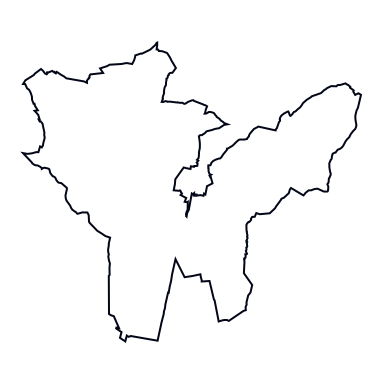 Santiago Miahuatlán, Puebla, Mexico
{"feature_id": "50627088B95551626553051", "entity_name": "Santiago Miahuatlán", "entity_type": "district", "adm_level": 2, "iso_a3": "MEX", "parent_name": "Mexico", "parent_adm1": "Puebla", "projection": "robinson", "projection_center": [-97.421, 18.55], "detail": "fine", "context": "isolated", "style": "outline", "palette": "ink", "viewbox_px": 384, "rotation_deg": 0, "n_neighbors": 0, "source": "geoboundaries", "source_scale": "gbopen_adm2", "svg_char_len": 5895}
<svg xmlns="http://www.w3.org/2000/svg" viewBox="0 0 384 384"><path d="M83.9,81.4L66.3,78.3L64.1,76.5L60.9,74.7L56.8,71.9L55.9,73.3L54.8,72.1L54.5,72.6L52.2,70.9L48.8,72.3L47.1,72.3L46.9,73.1L47.3,73.6L46.7,74.3L44.8,73.3L43.2,71.0L41.0,69.0L34.9,73.6L33.7,75.1L25.4,80.3L23.1,84.0L25.2,84.1L27.1,88.4L29.1,89.8L30.5,92.4L31.4,94.9L32.0,97.2L32.0,99.6L33.6,103.8L34.5,103.7L35.0,105.9L37.8,110.3L34.6,110.8L38.2,114.8L39.6,119.2L38.6,119.3L39.7,121.5L40.6,121.3L42.5,123.6L44.4,132.6L44.2,135.1L44.7,137.4L44.3,139.6L43.5,142.2L42.9,145.5L41.8,147.4L40.1,146.4L38.4,152.2L36.3,152.1L32.0,153.3L27.5,153.9L23.0,153.1L31.7,162.3L32.1,163.0L32.2,163.3L34.5,164.9L35.3,165.2L37.7,165.5L39.7,166.5L41.7,167.9L41.8,168.9L43.3,168.0L44.5,167.7L48.0,168.5L49.2,169.1L49.7,170.6L50.1,172.5L50.7,173.6L52.5,176.0L54.2,176.8L55.3,177.7L56.3,180.0L57.8,182.0L58.8,182.7L61.3,183.1L66.8,187.8L66.9,189.1L65.5,195.4L65.7,198.1L66.5,200.6L70.2,205.7L70.9,207.5L72.0,209.3L73.8,210.8L76.1,212.3L77.0,213.5L77.6,213.8L82.4,212.4L87.4,212.5L88.7,215.1L89.0,221.5L89.5,222.7L97.4,230.9L100.7,232.9L105.5,236.1L110.1,237.6L108.7,244.1L108.9,244.6L108.1,249.6L108.2,252.0L108.8,254.2L108.3,256.6L109.0,260.5L109.9,263.5L109.5,267.6L109.6,275.0L108.8,275.9L109.0,314.0L110.8,315.2L113.8,316.2L119.0,328.1L116.4,327.6L116.2,328.5L121.5,332.1L120.0,337.9L125.3,341.4L126.8,335.6L128.5,336.8L130.3,336.3L130.7,336.0L157.6,340.7L161.6,322.1L163.8,313.7L163.9,311.6L165.0,308.0L165.4,304.3L168.1,292.5L168.7,292.7L169.7,286.7L171.1,280.9L172.1,274.3L175.5,259.1L184.6,277.2L192.4,276.0L200.4,274.3L200.9,277.4L201.7,280.2L201.7,281.5L209.5,281.0L213.9,299.5L214.6,300.4L218.7,321.5L222.5,320.3L224.6,320.0L227.0,320.0L228.8,320.9L243.5,310.9L245.8,310.2L245.6,306.9L246.6,304.7L246.5,302.3L248.2,295.4L250.5,292.5L252.2,285.0L243.9,273.2L244.5,261.3L244.1,259.8L244.6,259.2L244.2,258.4L244.7,258.0L245.3,257.8L245.6,257.2L245.6,255.9L245.3,254.3L246.5,254.2L247.0,253.8L245.8,251.0L246.2,250.4L246.5,249.4L246.3,247.6L246.8,247.3L247.2,246.4L246.9,243.4L246.6,242.7L247.2,241.9L246.4,241.2L246.4,240.6L246.9,240.2L246.9,239.6L247.6,237.9L247.0,236.5L247.5,235.5L247.0,233.7L247.1,233.1L246.7,232.0L246.9,231.3L246.6,230.9L246.5,230.0L246.4,224.8L247.1,223.5L248.4,222.0L248.9,222.1L249.8,221.5L251.1,219.9L251.0,218.7L252.2,216.9L254.7,216.8L256.3,213.1L259.7,214.2L269.7,213.3L275.0,208.3L276.2,206.3L280.7,200.2L281.3,199.0L282.3,198.3L283.8,197.8L288.8,193.2L289.9,189.4L291.0,188.0L303.4,195.4L304.4,194.4L305.6,192.8L308.6,190.4L311.1,190.3L314.7,189.0L317.6,188.7L323.7,191.5L327.0,191.6L327.7,191.3L328.1,190.2L328.3,186.6L328.1,185.8L327.4,184.5L327.6,183.7L328.3,183.0L328.6,182.0L328.9,178.3L329.4,177.9L330.7,174.7L330.6,173.1L330.1,171.8L329.4,167.6L329.3,163.3L330.6,160.2L331.4,159.2L331.8,158.0L331.9,156.3L332.7,153.7L334.7,152.7L335.5,152.6L337.7,149.7L340.1,148.8L342.1,147.2L343.2,145.8L345.6,141.3L346.9,139.5L349.3,137.1L350.6,134.4L352.9,131.3L355.0,129.2L355.9,127.6L356.4,125.2L355.5,119.9L355.3,117.2L355.4,115.3L356.6,110.4L357.9,107.9L361.0,94.8L358.4,93.3L355.2,94.9L353.3,91.7L353.7,90.4L350.0,87.7L350.3,86.8L350.2,86.7L348.1,84.9L347.6,84.9L345.5,83.4L340.5,84.9L337.6,85.1L336.4,86.3L331.2,86.1L326.9,88.2L325.8,89.3L324.4,89.9L321.0,93.1L311.8,96.3L310.9,97.2L306.7,99.8L302.9,103.2L301.9,105.0L300.0,107.5L298.1,108.9L295.4,111.5L294.0,111.9L292.9,113.2L292.3,114.3L290.5,115.9L290.1,115.7L289.7,115.1L289.1,113.1L288.3,111.5L287.4,111.7L283.9,113.6L281.5,115.5L280.5,116.9L279.9,118.4L279.7,119.2L280.1,119.9L280.0,120.9L279.1,121.8L276.8,128.3L275.7,129.5L275.6,130.4L258.4,126.6L253.8,129.1L249.9,133.7L249.1,135.3L248.8,136.5L247.3,138.1L247.0,139.0L244.7,139.5L240.3,139.5L238.9,139.8L236.6,141.7L232.7,145.6L227.6,148.7L227.0,148.7L226.9,149.9L223.2,154.4L221.5,157.1L220.2,158.4L218.3,158.7L215.1,159.9L212.9,161.2L211.3,163.0L210.5,165.2L208.3,165.4L208.3,168.1L208.6,168.2L208.5,170.9L209.1,173.0L209.9,174.3L211.0,174.7L209.5,175.5L210.4,177.3L210.8,177.1L212.5,183.4L207.0,186.2L205.4,194.5L204.0,193.6L203.5,195.8L200.4,195.1L196.3,195.7L196.6,194.6L194.6,194.3L193.7,196.5L194.0,193.2L192.8,194.2L191.8,193.5L188.8,209.8L187.1,213.2L186.6,216.6L186.1,216.1L186.2,215.4L186.0,214.6L186.4,212.4L187.6,209.7L187.8,201.9L187.4,202.2L184.7,201.8L186.2,198.0L180.6,195.0L182.0,193.5L180.8,192.0L180.8,191.4L180.0,190.4L178.8,190.8L173.7,190.3L174.9,184.2L175.3,179.3L183.7,167.5L186.4,168.2L190.5,169.0L190.9,166.3L194.0,166.8L194.2,166.0L196.4,166.0L197.3,165.8L197.6,163.6L196.7,162.6L198.3,160.7L197.0,159.8L198.5,158.2L198.9,155.9L199.0,152.0L199.8,148.2L199.9,144.1L199.6,140.7L198.9,136.3L200.1,135.2L202.1,135.1L203.1,134.2L204.5,133.5L206.6,131.3L211.6,130.1L215.1,128.9L219.1,128.2L224.1,124.9L227.5,124.3L224.1,123.0L223.4,122.2L220.7,120.4L220.1,119.5L218.6,118.1L216.7,117.0L216.6,116.4L215.1,114.8L214.9,114.3L213.8,113.0L211.9,112.3L209.8,111.9L208.5,112.1L207.7,112.8L205.9,113.6L204.7,113.6L205.1,112.9L205.8,109.6L207.1,106.3L205.5,105.3L203.7,104.8L203.1,104.4L194.2,101.0L193.3,100.2L191.9,100.4L188.2,101.8L185.3,103.7L184.7,103.8L183.9,103.7L182.5,102.8L179.6,102.8L177.3,102.3L177.0,102.5L169.7,101.6L167.5,101.8L166.9,101.4L165.6,101.1L163.2,102.0L161.8,101.9L162.3,101.0L162.2,100.3L162.9,99.2L162.9,98.5L162.6,98.1L163.1,95.9L164.1,93.1L163.9,92.2L164.3,88.9L164.8,87.0L165.9,85.2L166.1,81.8L166.5,80.1L166.4,78.8L166.9,78.6L167.5,77.8L168.0,75.6L168.3,75.2L168.8,75.0L168.8,74.2L169.5,73.4L170.2,73.0L172.5,72.7L175.9,68.0L171.5,60.6L170.0,57.5L167.1,53.0L162.2,51.2L158.8,51.0L158.5,50.2L157.9,49.5L156.6,49.4L157.2,45.2L157.2,42.6L156.6,42.9L155.4,44.9L150.5,49.4L149.1,50.2L141.9,53.7L141.0,53.5L135.3,55.4L135.0,57.3L134.1,60.3L132.2,64.0L127.1,63.1L126.0,63.1L121.5,64.0L109.6,64.7L107.2,66.1L100.1,68.4L103.1,73.0L90.4,74.4L89.4,76.0L89.6,77.4L88.8,78.5L88.6,78.3L86.9,80.7L87.0,82.8L83.9,81.4Z" fill="none" stroke="#020617" stroke-width="2"/></svg>